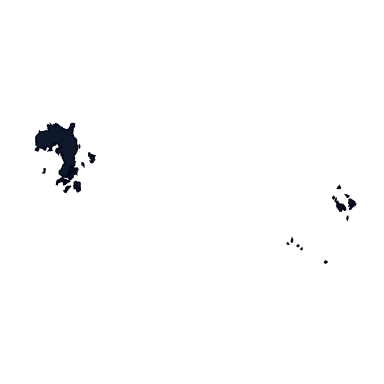 Bintan, Kepulauan Riau, Indonesia, rotated 10°
{"feature_id": "22746128B62804497316712", "entity_name": "Bintan", "entity_type": "district", "adm_level": 2, "iso_a3": "IDN", "parent_name": "Indonesia", "parent_adm1": "Kepulauan Riau", "projection": "equal_earth", "projection_center": [105.325, 0.913], "detail": "fine", "context": "isolated", "style": "filled", "palette": "ink", "viewbox_px": 384, "rotation_deg": 10, "n_neighbors": 0, "source": "geoboundaries", "source_scale": "gbopen_adm2", "svg_char_len": 5864}
<svg xmlns="http://www.w3.org/2000/svg" viewBox="0 0 384 384"><g transform="rotate(10 192 192)"><path d="M57.7,195.2L58.5,197.5L60.4,197.8L60.6,198.3L61.4,198.0L61.7,199.0L65.4,199.5L67.1,196.5L67.2,190.3L67.9,188.0L68.8,187.1L70.9,187.0L71.8,186.0L71.4,184.4L71.7,182.3L69.9,181.9L70.5,180.1L70.2,178.3L69.5,177.8L69.4,176.5L70.8,174.2L71.6,170.7L71.6,169.0L70.9,168.2L71.1,166.8L69.7,164.1L69.3,160.9L68.0,159.5L65.7,158.6L65.7,157.8L63.9,154.7L64.2,153.0L63.8,149.9L64.2,148.7L64.9,148.1L64.4,147.2L64.6,145.4L62.9,145.1L61.5,145.7L60.7,147.0L61.3,149.0L60.3,149.4L59.9,151.2L59.2,151.9L56.5,152.8L55.6,152.1L53.4,152.0L53.0,151.0L51.4,150.9L47.5,148.6L46.5,148.9L46.1,148.4L45.7,149.2L44.3,149.6L44.8,150.6L45.3,150.6L44.3,151.7L43.4,151.8L42.4,150.5L41.9,150.9L40.9,150.0L41.1,150.8L40.1,151.7L39.2,151.6L39.0,151.1L38.6,151.6L38.3,151.3L38.1,151.9L39.0,152.4L39.1,153.6L40.1,153.6L39.7,154.4L39.3,154.1L39.2,154.3L40.3,156.4L40.1,157.0L37.7,157.1L35.0,158.5L32.0,159.3L31.3,158.7L31.4,160.6L29.3,163.5L28.7,165.3L28.9,166.5L30.6,168.4L30.5,169.4L31.0,170.1L30.2,171.0L30.0,172.2L33.0,174.8L37.5,174.8L39.1,176.0L40.3,176.0L40.9,171.7L41.3,172.3L42.8,172.3L44.8,173.5L45.0,172.3L47.3,170.4L47.0,168.8L47.2,167.9L48.4,167.7L48.1,169.2L48.4,169.8L49.1,169.4L49.5,168.0L51.9,167.9L54.1,171.4L55.3,170.4L55.0,172.8L54.4,173.0L53.0,171.9L51.7,172.9L51.5,173.9L51.2,172.6L50.9,173.7L51.2,174.1L50.7,175.2L51.9,176.9L53.3,176.8L53.9,177.7L54.1,176.3L55.8,176.1L56.3,176.3L56.8,178.5L57.2,178.2L57.5,178.6L57.8,177.9L58.4,177.9L58.3,180.5L61.5,185.0L61.2,186.6L60.1,188.3L60.2,190.2L59.7,190.9L59.5,192.8L58.1,193.7L57.7,195.2ZM349.0,171.5L348.3,172.0L349.0,172.5L348.8,173.4L348.3,173.3L348.2,175.6L349.4,176.9L349.5,177.7L349.9,177.4L349.4,178.4L350.1,178.1L350.2,177.1L351.4,176.0L351.5,175.0L352.4,173.9L352.5,174.5L351.7,175.4L352.1,176.4L352.8,175.8L353.0,176.1L352.6,176.2L352.1,177.2L351.9,176.7L351.1,178.5L350.6,178.7L350.9,179.4L350.0,181.4L350.5,181.7L351.4,181.0L352.9,178.0L353.7,178.1L353.8,176.8L354.5,176.2L355.2,176.4L355.3,175.2L354.4,174.7L353.8,173.4L349.0,171.5ZM84.2,171.3L83.6,171.6L84.1,174.4L86.4,174.6L85.7,175.2L85.8,176.3L87.7,177.5L87.8,178.5L87.0,179.3L86.5,179.2L86.7,179.7L87.8,180.6L89.2,179.9L89.9,177.7L90.5,177.2L89.5,175.3L90.1,173.2L85.7,172.6L84.2,171.3ZM75.6,201.8L74.3,203.3L74.9,204.8L80.1,207.2L80.8,206.3L80.2,202.5L79.3,202.0L77.3,202.4L75.6,201.8ZM339.1,177.8L338.3,177.6L338.3,180.0L338.9,181.7L339.2,181.3L339.4,182.0L339.8,182.0L339.6,183.7L340.4,184.0L341.1,185.2L342.3,184.9L342.3,182.1L343.3,182.4L342.9,181.5L342.8,179.3L341.7,178.0L341.0,178.9L340.4,178.8L340.2,179.5L339.6,178.1L339.2,178.5L339.1,177.8ZM61.0,201.2L60.2,201.7L59.9,202.8L58.5,203.1L57.4,204.1L57.1,205.8L57.3,208.1L58.0,208.1L57.8,207.2L58.5,205.8L59.7,205.5L60.4,204.5L62.4,204.1L64.0,204.6L64.8,203.9L64.6,202.7L63.4,201.7L63.1,201.8L63.2,202.0L63.0,201.9L63.1,201.4L61.3,202.1L61.0,201.2ZM72.3,194.2L70.6,192.0L70.0,192.9L69.2,194.8L69.6,197.1L69.0,198.9L68.0,199.8L68.4,200.3L69.3,200.5L69.6,199.6L70.9,199.6L72.3,198.1L71.9,195.7L72.3,194.2ZM74.5,188.3L73.1,188.9L71.9,192.6L73.4,195.0L74.0,194.5L74.4,195.0L74.2,194.3L75.3,194.6L74.7,193.3L75.2,192.8L75.1,190.0L75.7,189.6L74.5,188.3ZM65.5,201.7L64.8,202.0L65.1,204.0L64.0,204.9L64.4,207.1L65.5,206.7L67.8,204.0L69.6,202.9L69.2,201.9L68.2,202.8L65.5,201.7ZM77.5,206.3L77.0,206.9L77.2,207.9L77.0,208.5L79.0,211.6L80.0,211.3L81.6,209.6L81.2,207.6L80.3,207.9L77.5,206.3ZM71.4,188.5L68.4,188.3L67.7,191.6L68.7,193.9L70.3,191.4L72.0,190.5L71.4,188.5ZM71.9,207.2L69.9,208.1L68.8,207.9L68.2,208.4L67.1,209.7L67.3,211.1L68.0,210.9L68.1,211.2L67.9,211.6L68.0,211.8L68.5,212.1L71.2,207.7L71.9,207.2ZM75.0,205.7L74.6,206.1L75.4,209.0L76.9,208.5L77.2,208.1L76.9,207.0L77.1,206.1L75.0,205.7ZM32.4,175.4L30.9,176.0L30.6,177.6L31.6,177.3L31.8,177.6L32.2,177.8L32.4,178.0L31.6,177.6L31.5,178.1L33.1,178.2L33.5,176.6L32.4,175.4ZM46.1,172.9L45.1,172.9L44.7,174.4L43.5,176.2L46.7,175.3L46.0,174.6L46.1,172.9ZM68.0,211.2L67.3,211.3L66.9,212.3L65.7,213.1L66.4,214.0L66.8,213.6L67.9,214.2L68.5,212.5L67.9,211.8L67.9,211.6L68.0,211.2ZM337.5,162.0L336.1,160.3L335.7,161.5L335.1,161.7L334.7,163.1L336.9,162.9L337.5,162.0ZM79.6,182.3L78.7,182.3L78.8,183.8L81.0,185.5L80.6,183.5L79.6,182.3ZM68.0,198.7L68.6,197.5L68.3,196.1L67.7,196.2L66.9,198.9L68.0,198.7ZM335.7,238.9L337.1,237.8L337.1,237.3L335.3,236.8L334.7,238.1L335.7,238.9ZM43.1,194.6L42.3,195.0L43.0,196.3L42.6,198.1L42.0,199.0L42.8,199.0L43.5,198.3L43.4,194.9L43.1,194.6ZM350.1,190.5L349.4,188.4L349.2,191.3L349.7,192.2L350.1,190.5ZM299.1,222.1L299.2,221.0L298.7,220.4L298.3,223.3L298.7,223.9L299.2,223.9L299.5,222.5L299.1,222.1ZM345.6,168.4L345.1,169.1L345.8,170.2L346.8,169.7L347.3,168.8L345.6,168.4ZM333.2,172.4L332.1,171.9L331.6,173.4L332.6,174.1L333.2,172.4ZM338.0,179.7L337.2,179.0L336.8,180.2L337.7,181.7L338.0,179.7ZM337.2,176.0L335.8,176.5L336.2,177.7L336.7,177.9L336.9,177.0L337.2,177.4L337.2,176.0ZM345.8,181.2L345.5,181.8L345.3,181.3L344.9,182.2L345.6,184.0L345.7,182.6L346.3,182.6L345.8,181.2ZM335.1,173.4L334.6,173.8L334.5,175.6L334.6,176.2L335.1,176.3L335.1,173.4ZM344.1,180.9L343.6,179.3L343.1,181.2L343.7,182.3L344.1,180.9ZM72.9,165.6L72.8,166.6L73.5,168.8L73.5,166.2L72.9,165.6ZM68.3,194.5L68.4,193.5L68.1,193.0L67.4,194.9L68.3,194.5ZM344.8,168.0L343.8,168.1L344.8,169.0L344.8,168.0ZM294.9,225.6L294.9,226.6L296.1,226.6L295.4,225.6L294.9,225.6ZM306.2,225.9L305.7,226.9L305.1,226.4L304.9,226.9L305.7,227.4L306.2,227.1L306.6,226.4L306.2,225.9ZM310.2,229.5L310.1,228.2L309.5,228.4L309.2,229.4L310.2,229.5ZM61.9,200.4L61.5,201.1L61.8,201.5L62.8,200.9L61.9,200.4ZM344.8,180.0L344.3,178.9L344.3,180.9L344.8,180.0ZM70.4,199.7L69.7,200.2L69.5,200.8L70.5,200.7L70.4,199.7ZM68.5,195.5L68.1,194.9L67.2,195.4L67.7,195.9L68.5,195.5ZM29.4,168.6L29.6,170.0L29.9,170.1L29.7,168.8L29.4,168.6Z" fill="#0f172a" stroke="#020617" stroke-width="1.5"/></g></svg>